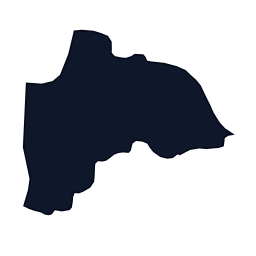 the border of Resen, rotated 95°
{"feature_id": "MKD-2894", "entity_name": "Resen", "entity_type": "Statistical Region", "adm_level": 1, "iso_a3": "MKD", "parent_name": "North Macedonia", "parent_adm1": "", "projection": "albers", "projection_center": [21.045, 41.032], "detail": "fine", "context": "isolated", "style": "filled", "palette": "ink", "viewbox_px": 256, "rotation_deg": 95, "n_neighbors": 0, "source": "natural_earth", "source_scale": "10m", "svg_char_len": 1269}
<svg xmlns="http://www.w3.org/2000/svg" viewBox="0 0 256 256"><g transform="rotate(95 128 128)"><path d="M92.3,232.9L92.1,217.6L88.5,206.8L81.3,199.7L59.6,193.2L36.6,189.8L36.3,189.9L36.2,189.8L35.6,186.1L34.9,182.6L34.9,177.3L34.9,170.7L36.6,163.0L38.7,156.3L43.7,152.5L50.3,151.8L54.8,151.5L58.3,147.6L59.0,141.3L59.1,136.1L56.7,130.5L54.3,127.6L54.1,122.4L54.1,119.3L56.2,117.2L59.9,115.4L60.4,110.9L60.5,104.9L60.7,97.2L62.9,85.0L66.0,75.9L70.3,70.6L74.7,64.7L79.8,59.8L89.8,53.9L97.2,49.3L106.1,44.4L115.3,37.4L120.6,31.5L124.6,24.1L125.1,23.1L126.4,28.0L129.3,31.5L133.3,31.5L137.5,31.8L139.3,36.4L141.4,48.3L141.4,55.6L143.8,64.7L148.3,71.7L149.6,73.7L149.4,73.7L149.4,76.8L153.4,81.2L154.4,86.4L153.4,93.0L149.1,100.4L144.8,104.4L141.2,107.0L139.5,112.7L139.5,119.2L142.5,122.7L150.1,124.0L152.0,125.6L152.0,130.9L153.1,135.8L155.2,140.0L158.9,143.8L161.8,147.3L162.9,150.8L162.9,155.4L166.1,158.2L170.8,158.2L178.2,157.8L184.3,157.8L190.1,160.9L194.8,167.6L196.7,171.4L196.7,176.0L201.2,177.4L205.7,177.3L211.8,177.7L214.2,179.4L216.1,186.8L215.5,194.1L220.1,196.9L221.1,199.7L220.6,203.6L219.0,207.1L218.0,213.4L216.4,220.0L215.9,220.8L214.5,224.8L198.5,221.5L187.1,220.9L156.3,230.3L92.3,232.9Z" fill="#0f172a" stroke="#020617" stroke-width="1.5"/></g></svg>